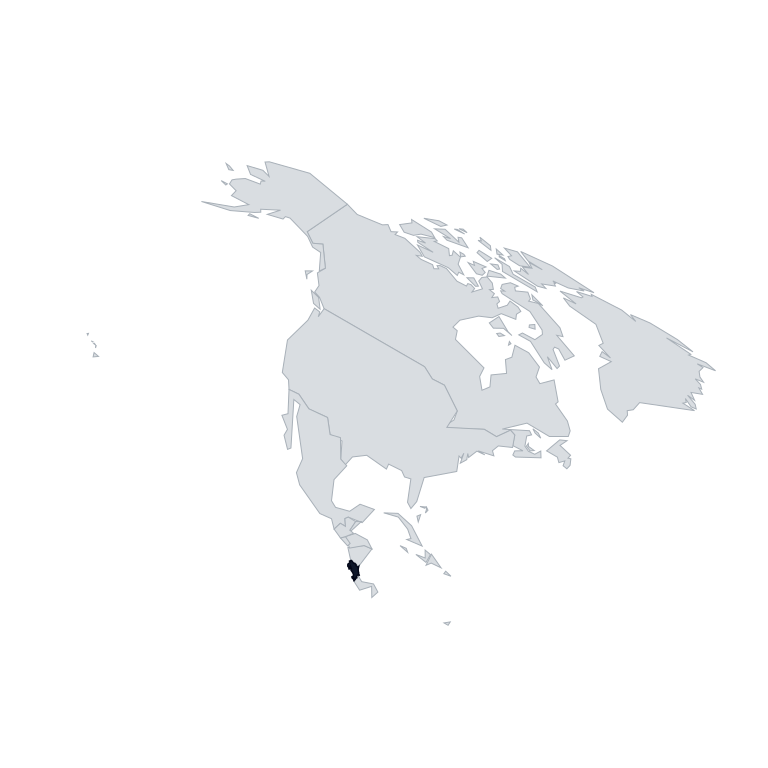 location of Costa Rica within North America, rotated 31°
{"feature_id": "CRI", "entity_name": "Costa Rica", "entity_type": "country or territory", "adm_level": 0, "iso_a3": "CRI", "parent_name": "North America", "parent_adm1": "", "projection": "robinson", "projection_center": [-84.032, 9.63], "detail": "fine", "context": "in_parent", "style": "filled", "palette": "ink", "viewbox_px": 768, "rotation_deg": 31, "n_neighbors": 17, "source": "natural_earth", "source_scale": "50m", "svg_char_len": 10468}
<svg xmlns="http://www.w3.org/2000/svg" viewBox="0 0 768 768"><g transform="rotate(31 384 384)"><path d="M293.9,350.3L284.1,342.9L277.2,340.8L277.6,333.1L269.7,323.1L274.1,314.9L259.6,295.6L250.5,300.0L239.7,293.0L260.0,248.8L273.7,252.5L300.7,248.4L305.3,245.3L311.6,249.8L317.3,246.7L316.5,250.2L326.8,248.4L346.9,252.5L351.0,254.8L345.5,257.1L351.5,258.1L364.2,256.7L367.4,259.5L371.6,257.1L368.5,255.2L371.1,253.6L378.2,252.9L393.6,258.3L404.2,257.6L404.1,254.8L407.3,254.0L412.5,255.5L412.0,259.9L419.4,251.7L412.2,247.0L413.0,242.3L417.3,239.1L424.8,241.7L429.0,246.6L425.8,248.8L432.1,249.7L431.9,254.4L436.6,250.8L440.6,253.8L439.5,257.2L442.8,260.3L449.1,253.0L449.3,248.0L459.2,249.0L463.9,251.3L461.6,256.0L463.7,260.7L448.3,263.3L442.6,271.5L430.1,277.1L416.2,290.2L413.8,299.7L419.3,300.6L422.3,309.0L461.4,318.7L462.1,328.3L471.2,338.9L476.3,331.9L471.1,321.1L483.6,311.8L475.5,300.5L479.8,295.2L476.3,283.3L492.0,282.7L508.5,289.4L510.7,299.7L517.4,303.4L527.7,292.9L542.4,309.6L541.3,312.8L560.3,321.3L567.7,328.3L569.0,334.1L552.8,343.8L526.7,343.9L508.6,361.7L532.8,349.1L536.7,351.6L533.1,355.1L536.8,364.7L542.5,367.3L549.4,366.6L552.9,360.7L556.6,366.4L534.3,378.9L531.0,378.5L530.5,374.0L537.5,369.7L526.0,370.5L522.4,360.4L516.2,358.4L507.6,371.2L493.3,371.2L461.3,388.8L458.3,387.2L462.5,378.8L460.7,369.4L436.4,353.9L422.8,354.8L409.9,348.3L293.9,350.3ZM454.6,282.7L457.3,280.5L462.3,280.5L458.0,284.1L454.6,282.7ZM468.4,235.3L464.8,231.4L479.9,235.2L472.9,235.0L468.4,235.3ZM470.7,286.6L469.6,283.0L472.1,284.1L470.7,286.6ZM423.9,225.9L422.0,227.5L413.6,226.1L420.3,223.2L423.9,225.9ZM424.4,215.8L417.3,215.7L416.6,214.6L422.8,214.6L424.4,215.8ZM410.7,210.5L419.6,212.2L414.0,214.5L410.7,210.5ZM467.8,226.1L427.6,226.5L423.6,220.6L413.8,218.8L431.0,218.7L438.2,223.4L463.6,223.0L467.8,226.1ZM367.3,213.7L375.9,213.9L364.4,215.0L367.3,213.7ZM372.1,210.5L377.3,211.5L368.3,212.3L372.1,210.5ZM570.1,338.3L566.5,346.0L580.6,349.0L579.9,352.8L582.7,351.9L585.4,357.9L584.4,362.5L579.6,361.8L578.6,356.8L574.4,361.3L570.3,357.4L557.8,357.6L563.4,341.4L570.1,338.3ZM447.8,267.0L463.4,275.3L468.7,276.6L457.8,274.7L449.0,279.8L442.8,277.4L447.8,267.0ZM465.3,238.5L474.8,235.5L505.9,245.2L513.0,251.2L507.0,253.3L532.6,261.9L526.8,270.4L515.7,264.0L511.2,264.6L511.1,267.3L525.2,278.2L524.4,281.6L510.0,276.5L520.7,285.2L510.4,283.3L487.6,272.0L474.2,272.5L476.4,269.0L490.5,268.3L494.3,259.9L491.7,256.3L471.7,246.7L438.7,245.7L436.0,244.1L439.6,242.2L434.8,242.1L434.0,237.8L440.2,232.1L448.6,231.0L446.2,233.8L448.7,236.5L460.0,231.2L465.7,235.7L465.3,238.5ZM415.4,232.5L427.4,229.7L433.5,230.7L416.7,238.5L415.4,232.5ZM332.8,221.4L347.0,215.8L356.1,215.3L351.5,219.7L332.8,221.4ZM258.2,327.6L264.5,323.9L261.6,329.8L263.9,333.9L258.2,327.6ZM390.6,208.8L404.0,210.7L406.8,214.3L390.6,212.4L393.8,211.2L390.6,208.8ZM290.7,352.8L282.1,351.2L273.4,341.1L283.4,343.5L290.7,352.8ZM322.9,228.8L346.4,229.3L352.0,232.4L338.5,236.5L332.7,241.4L323.1,243.5L315.3,239.3L325.0,231.5L322.9,228.8ZM375.3,218.7L385.9,223.9L363.9,228.3L359.0,227.0L366.2,225.1L347.5,224.9L356.7,219.9L375.2,223.9L371.9,220.1L375.3,218.7ZM374.8,234.1L384.2,235.9L385.8,243.1L396.1,249.3L390.5,249.7L390.9,253.2L379.1,251.2L353.1,254.2L341.1,247.6L358.3,245.8L340.0,245.1L338.7,243.5L347.1,241.8L336.5,240.7L352.9,233.1L356.0,233.9L353.7,235.9L369.7,234.6L374.0,240.3L376.1,238.5L374.8,234.1ZM400.5,235.7L397.4,232.9L411.2,231.1L408.5,234.5L413.3,236.3L412.2,240.2L406.5,241.9L393.6,236.6L400.5,235.7ZM381.1,231.8L385.5,231.7L387.8,232.6L384.3,235.5L381.1,231.8ZM396.6,220.5L411.6,220.8L409.4,225.8L396.1,223.5L396.6,220.5ZM417.2,205.5L430.3,202.0L449.1,208.6L439.3,212.8L427.7,212.5L424.6,210.9L427.3,208.4L417.2,205.5ZM432.9,200.0L467.6,196.1L517.0,197.6L501.4,201.2L507.7,201.2L492.4,206.8L475.6,208.7L479.8,209.2L477.8,209.9L480.5,211.8L467.6,217.0L473.5,218.7L465.3,221.1L437.4,220.0L442.9,217.2L441.6,214.3L451.5,215.7L442.6,212.4L451.3,208.6L445.9,205.2L460.8,204.5L444.0,204.3L432.9,200.0ZM485.3,259.2L479.2,260.8L478.2,258.5L482.6,255.3L485.3,259.2ZM406.3,246.8L414.5,251.5L412.2,253.1L400.4,250.2L406.3,246.8ZM534.7,345.7L541.6,346.6L546.3,349.7L538.7,348.2L534.7,345.7ZM538.3,360.6L540.0,363.1L547.0,363.7L543.6,366.1L538.1,363.9L538.3,360.6Z" fill="#d9dde1" stroke="#a8b0b8" stroke-width="1"/><path d="M293.9,350.3L409.9,348.3L422.8,354.8L436.4,353.9L460.7,369.4L460.2,388.8L493.3,371.2L507.6,371.2L516.2,358.4L522.4,360.4L526.9,372.2L513.9,378.2L511.3,385.3L515.2,389.0L499.2,392.8L506.9,392.8L498.2,393.7L494.4,403.4L491.6,400.4L493.9,406.2L490.2,412.6L488.1,402.2L488.3,407.9L485.4,407.1L491.4,421.5L466.6,443.5L472.6,467.9L471.2,476.9L465.1,473.3L455.9,451.5L449.5,453.1L443.7,449.1L429.2,450.3L429.9,455.7L405.9,454.0L394.5,462.8L392.4,473.5L385.6,470.7L377.4,454.5L363.8,455.1L352.9,441.8L332.4,444.0L316.3,436.6L305.4,437.6L300.0,429.6L290.9,426.5L278.6,396.0L285.9,368.5L285.4,354.6L291.8,355.3L293.0,360.2L293.9,350.3ZM260.0,248.8L239.7,293.0L250.5,300.0L259.6,295.6L274.1,314.9L270.3,320.4L262.0,303.9L252.3,303.4L242.5,296.8L218.0,290.2L213.3,291.3L212.5,294.6L196.6,298.7L205.8,288.3L188.3,297.7L189.9,300.2L184.6,303.7L162.9,314.5L133.5,321.6L164.5,309.4L175.7,299.9L156.2,301.1L157.7,294.5L148.5,292.1L148.6,287.3L151.8,284.5L159.3,279.3L175.0,276.4L174.1,273.3L177.8,271.4L161.7,273.1L154.2,267.3L170.1,263.2L178.6,265.3L167.7,255.0L171.3,252.6L211.9,241.6L260.0,248.8ZM135.1,276.3L139.3,276.7L144.7,278.6L140.6,280.2L135.1,276.3ZM119.3,506.4L125.1,507.4L120.7,510.6L119.3,506.4ZM117.6,499.4L118.2,501.7L117.1,499.8L117.6,499.4ZM114.8,498.3L116.8,499.1L114.3,498.9L114.8,498.3ZM110.8,497.8L113.0,497.7L112.7,498.0L110.8,497.8ZM104.6,492.8L104.9,494.7L103.5,493.7L104.6,492.8ZM139.7,293.5L146.7,293.1L145.9,294.9L139.7,293.5ZM181.2,307.2L191.3,306.5L180.7,309.5L181.2,307.2Z" fill="#d9dde1" stroke="#a8b0b8" stroke-width="1"/><path d="M511.7,506.3L511.9,515.3L499.1,513.7L508.9,511.9L504.8,505.2L511.7,506.3Z" fill="#d9dde1" stroke="#a8b0b8" stroke-width="1"/><path d="M513.4,517.7L512.3,505.4L527.6,512.2L516.7,513.2L513.4,517.7Z" fill="#d9dde1" stroke="#a8b0b8" stroke-width="1"/><path d="M477.9,470.4L482.8,468.1L482.9,469.5L477.9,470.4ZM483.0,467.1L486.7,469.5L485.9,473.3L485.1,469.8L483.0,467.1ZM480.3,480.3L482.7,477.1L484.4,484.6L480.3,480.3Z" fill="#d9dde1" stroke="#a8b0b8" stroke-width="1"/><path d="M559.5,197.6L580.5,194.7L612.6,194.8L632.3,197.3L602.4,199.0L631.7,200.5L630.2,202.3L649.1,199.9L661.4,201.9L642.1,205.4L649.0,205.6L647.6,210.9L651.2,215.3L657.0,217.9L648.1,219.3L655.5,221.4L659.0,224.8L655.9,225.2L662.4,228.8L651.5,233.1L658.6,238.0L650.0,237.3L661.1,241.1L664.5,244.6L659.0,245.4L649.8,241.2L652.6,244.2L650.0,246.5L663.9,246.9L612.7,268.3L610.9,277.7L606.2,281.6L608.8,285.3L608.0,294.0L588.5,290.4L572.6,277.0L560.0,260.4L567.3,247.8L554.7,249.2L554.3,243.9L564.7,245.0L548.3,240.3L550.9,236.2L534.9,223.7L503.1,221.6L493.4,217.8L507.4,216.4L487.0,213.7L508.9,208.4L509.7,206.9L501.4,205.6L517.2,201.8L515.5,200.4L549.6,198.2L567.6,200.7L559.5,197.6Z" fill="#d9dde1" stroke="#a8b0b8" stroke-width="1"/><path d="M305.4,437.6L316.3,436.6L332.4,444.0L352.9,441.8L363.8,455.1L374.3,452.4L385.6,470.7L394.2,473.3L390.4,491.7L399.1,511.1L406.0,514.7L420.1,510.8L425.4,499.4L440.4,496.5L436.7,514.1L421.9,516.5L419.8,519.5L424.3,525.9L418.3,525.9L416.0,534.1L408.4,526.5L395.8,528.1L363.7,513.9L354.6,505.1L352.7,489.9L325.9,456.8L322.7,444.9L314.7,443.7L337.2,486.8L335.0,489.7L324.7,479.4L324.6,472.6L312.6,463.4L317.0,458.9L305.4,437.6Z" fill="#d9dde1" stroke="#a8b0b8" stroke-width="1"/><path d="M485.9,565.5L483.5,573.3L477.6,563.8L469.3,573.3L460.0,568.7L459.6,561.2L466.7,564.9L478.0,560.8L485.9,565.5Z" fill="#d9dde1" stroke="#a8b0b8" stroke-width="1"/><path d="M456.2,553.3L446.5,552.5L437.3,542.8L450.2,532.7L458.6,531.6L456.2,553.3Z" fill="#d9dde1" stroke="#a8b0b8" stroke-width="1"/><path d="M458.6,531.6L450.2,532.7L439.0,542.4L429.5,534.7L436.3,526.9L450.0,526.2L458.6,531.6Z" fill="#d9dde1" stroke="#a8b0b8" stroke-width="1"/><path d="M429.5,534.7L437.1,538.1L436.2,541.5L426.0,538.4L429.5,534.7Z" fill="#d9dde1" stroke="#a8b0b8" stroke-width="1"/><path d="M416.0,534.1L418.3,525.9L424.3,525.9L419.8,519.5L421.9,516.5L430.6,516.5L430.1,526.8L434.8,527.7L429.5,534.7L426.0,538.4L416.0,534.1Z" fill="#d9dde1" stroke="#a8b0b8" stroke-width="1"/><path d="M430.6,516.5L435.4,513.6L431.5,526.8L430.1,526.8L430.6,516.5Z" fill="#d9dde1" stroke="#a8b0b8" stroke-width="1"/><path d="M533.3,512.7L540.4,514.3L533.0,515.8L533.3,512.7Z" fill="#d9dde1" stroke="#a8b0b8" stroke-width="1"/><path d="M481.0,514.3L487.7,513.4L491.0,516.1L481.0,514.3Z" fill="#d9dde1" stroke="#a8b0b8" stroke-width="1"/><path d="M462.6,487.7L480.7,491.3L500.2,503.3L483.6,505.6L486.7,502.6L479.0,496.2L464.8,490.7L450.1,494.6L462.6,487.7Z" fill="#d9dde1" stroke="#a8b0b8" stroke-width="1"/><path d="M558.5,557.9L563.3,553.8L563.2,557.8L558.5,557.9Z" fill="#d9dde1" stroke="#a8b0b8" stroke-width="1"/><path d="M461.3,560.6L461.2,560.8L461.1,561.0L460.6,560.8L460.2,560.6L459.9,561.0L459.6,561.2L459.6,561.3L459.6,562.4L459.6,563.4L459.9,563.4L460.3,563.8L460.5,564.0L460.5,564.3L460.2,564.5L459.8,564.8L459.7,565.1L460.0,565.7L460.0,566.1L460.0,566.5L459.9,566.7L459.3,567.1L459.2,567.3L459.5,567.7L459.7,568.0L459.8,568.4L459.9,568.7L459.5,568.1L459.1,567.6L458.7,567.2L458.7,566.4L458.5,565.9L457.9,565.5L457.4,565.2L457.1,565.3L457.3,565.8L457.9,566.4L457.9,566.6L457.9,566.9L457.5,566.9L457.2,566.7L456.7,566.7L456.4,566.5L455.8,565.8L456.3,565.2L456.4,564.8L456.4,564.0L456.3,563.5L455.8,562.9L455.1,562.3L454.0,561.7L453.5,561.3L452.3,560.9L451.8,560.7L451.5,560.3L451.4,560.0L451.5,559.5L451.2,558.9L449.7,557.8L448.9,557.3L448.8,557.1L448.6,557.0L448.7,557.8L449.1,558.3L450.0,558.7L450.3,559.0L450.4,559.3L449.9,560.0L449.6,560.2L449.5,560.5L449.3,560.6L449.1,560.4L448.4,559.4L446.9,558.9L446.7,558.6L446.1,557.7L445.9,556.8L446.0,556.2L446.6,555.4L446.7,555.0L446.7,554.7L446.7,554.4L446.5,554.1L445.9,553.8L445.6,553.6L445.7,553.4L446.3,553.1L446.4,552.8L446.4,552.7L446.5,552.7L446.8,552.2L447.1,552.0L447.3,552.1L448.1,552.4L449.0,552.8L450.3,553.3L450.8,553.0L451.3,552.7L451.6,552.8L452.3,553.1L452.7,553.2L452.9,553.1L453.4,553.6L453.6,553.9L453.6,554.1L453.8,554.2L454.1,554.2L455.0,554.4L455.5,554.4L455.9,554.2L456.2,553.9L456.3,553.5L456.5,554.0L456.6,554.4L457.2,555.9L457.7,556.7L458.7,558.2L459.2,558.4L459.9,559.6L460.2,559.8L460.3,560.1L461.1,560.4L461.3,560.6Z" fill="#0f172a" stroke="#020617" stroke-width="1.5"/></g></svg>